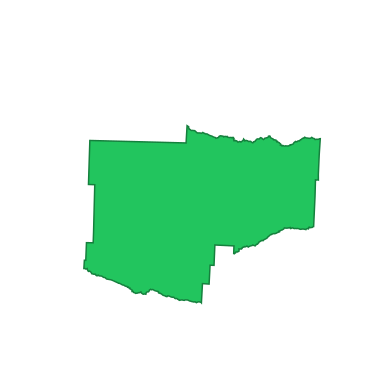 outline of Rauch, Buenos Aires, Argentina, rotated 229°
{"feature_id": "61730980B69505463407693", "entity_name": "Rauch", "entity_type": "district", "adm_level": 2, "iso_a3": "ARG", "parent_name": "Argentina", "parent_adm1": "Buenos Aires", "projection": "mercator", "projection_center": [-59.036, -36.602], "detail": "fine", "context": "isolated", "style": "filled", "palette": "green", "viewbox_px": 384, "rotation_deg": 229, "n_neighbors": 0, "source": "geoboundaries", "source_scale": "gbopen_adm2", "svg_char_len": 5953}
<svg xmlns="http://www.w3.org/2000/svg" viewBox="0 0 384 384"><g transform="rotate(229 192 192)"><path d="M297.9,148.7L265.6,118.8L261.3,123.4L226.0,91.1L218.5,84.1L223.0,79.1L210.1,67.0L211.1,66.0L205.2,60.2L204.6,60.9L203.5,61.3L203.0,62.6L202.6,62.2L200.3,61.7L199.7,62.0L199.7,62.6L199.3,62.9L198.1,63.1L196.8,63.0L196.2,62.7L194.3,64.0L194.0,64.5L193.7,64.6L193.2,65.3L192.3,64.9L191.4,65.1L190.9,65.7L191.0,66.0L190.7,66.8L190.3,66.9L189.8,66.8L189.5,67.0L187.8,68.7L186.7,69.0L186.3,69.0L185.5,69.3L184.2,70.4L183.2,70.3L182.3,70.5L178.7,73.4L171.8,76.6L171.4,76.6L171.1,77.1L169.7,77.8L167.6,78.5L167.0,78.9L166.6,79.4L165.2,79.7L164.0,80.4L163.5,81.0L162.4,80.8L161.9,81.7L160.2,81.4L160.0,82.1L159.5,81.9L157.8,82.1L157.0,82.5L156.8,82.4L156.7,81.9L156.3,81.5L155.9,82.1L155.6,82.0L155.2,82.3L154.6,82.0L153.8,82.4L153.3,82.8L152.4,83.0L151.6,84.5L151.3,84.7L151.2,85.5L150.5,86.2L150.2,87.9L149.9,88.0L149.2,87.5L147.1,88.0L146.6,88.4L146.4,88.9L146.0,89.5L145.1,90.1L145.2,90.3L145.9,91.1L146.1,91.6L146.1,92.0L145.7,93.3L145.3,93.5L145.2,93.9L145.6,95.2L146.0,95.7L145.9,95.9L145.9,96.2L145.6,96.6L145.7,97.0L144.6,97.4L144.3,98.3L143.5,98.8L142.5,98.9L140.7,100.0L139.0,101.3L138.6,101.3L138.1,100.6L137.9,100.6L137.7,100.6L137.5,101.0L136.5,101.3L136.3,101.7L135.8,101.7L135.5,102.0L133.0,102.4L132.6,102.7L131.4,103.4L131.1,103.7L130.5,103.7L129.7,104.2L129.4,104.6L129.5,104.9L129.7,105.1L129.7,105.3L129.2,105.6L128.9,106.3L126.4,107.4L125.4,108.2L124.6,109.2L122.9,109.3L122.1,109.8L121.9,110.4L121.6,110.6L120.9,110.9L120.5,110.8L119.2,111.5L119.0,111.3L118.6,111.3L117.1,113.8L116.3,114.2L115.7,114.7L115.1,115.4L115.2,115.8L115.0,116.2L113.3,117.9L112.4,118.3L111.3,118.7L110.8,119.2L109.6,119.8L109.4,120.1L108.0,121.0L107.7,121.7L107.2,121.9L107.0,122.4L105.8,122.6L105.5,122.8L105.5,123.4L105.1,124.3L104.6,125.3L102.7,126.4L102.2,126.4L116.0,139.8L111.3,144.5L124.9,157.6L122.2,160.5L137.0,174.5L123.8,188.3L118.2,183.1L117.6,183.4L117.6,184.7L117.5,185.2L117.9,185.7L117.2,186.9L116.8,187.1L116.8,187.7L116.5,188.4L116.5,188.6L116.9,188.9L117.2,189.4L117.7,189.8L118.2,190.0L117.3,191.0L116.8,191.9L116.5,192.0L116.6,192.9L117.0,193.2L116.9,194.1L116.5,194.8L116.5,195.6L116.1,195.6L115.8,195.9L115.4,196.9L115.3,197.8L114.7,198.2L114.3,198.1L114.0,198.3L113.5,198.4L113.5,199.1L113.3,199.5L113.0,200.7L112.2,202.1L112.1,203.2L111.7,203.3L109.9,204.3L110.2,206.5L109.7,207.0L109.7,207.5L109.9,208.2L109.9,209.1L110.2,209.4L110.3,209.6L110.0,210.7L110.0,211.4L109.7,212.1L109.7,212.8L109.4,213.3L108.9,213.4L108.6,213.7L108.8,215.1L108.3,216.7L108.0,218.5L108.1,219.4L108.4,219.9L108.2,221.5L108.3,223.3L108.0,223.8L107.8,223.9L107.6,224.3L107.8,225.0L107.5,225.3L107.0,226.4L106.2,227.1L106.2,227.5L105.9,227.8L105.6,228.6L105.6,229.2L105.5,229.3L105.0,230.6L105.4,231.5L104.7,231.6L104.5,231.8L104.5,232.0L104.9,232.3L105.1,233.0L104.8,233.4L104.6,234.6L104.1,235.4L104.1,236.0L103.9,236.9L104.3,238.2L104.1,238.4L103.6,238.7L102.7,239.6L102.5,240.0L102.0,240.5L101.8,241.2L101.4,241.4L100.8,242.9L100.3,242.8L100.1,242.4L99.6,242.5L99.2,244.1L99.0,244.4L98.7,244.6L98.2,244.6L97.2,245.3L96.6,246.2L95.6,247.1L95.3,247.7L93.7,248.9L93.1,249.0L92.4,249.7L91.9,250.7L90.6,252.1L88.9,253.3L89.1,253.7L89.1,254.0L88.7,255.2L87.8,255.6L88.1,256.5L88.5,256.7L88.7,257.0L88.4,257.6L87.5,257.8L87.2,258.3L86.4,259.5L86.4,260.4L86.3,260.8L86.1,261.1L107.7,281.7L120.2,293.2L119.0,294.1L118.7,295.1L118.2,295.3L122.4,298.9L136.6,312.4L148.1,323.8L148.6,323.1L148.6,322.6L149.2,321.4L149.7,321.1L150.2,320.3L150.5,320.2L150.8,319.3L151.3,319.2L151.9,319.3L152.4,319.2L153.2,318.5L154.5,318.3L154.8,318.1L154.8,317.8L154.7,316.9L155.0,316.3L155.9,315.5L156.2,315.1L156.8,314.7L157.8,313.7L159.4,313.0L159.3,312.7L159.5,312.2L159.2,311.9L159.2,311.6L159.8,311.0L160.0,310.3L160.0,308.5L160.3,308.1L160.1,306.6L161.0,305.6L161.0,304.4L161.3,303.8L161.8,303.6L161.9,303.3L162.3,303.2L162.3,302.5L162.2,302.0L162.4,301.4L162.3,301.2L162.0,300.3L161.9,299.6L162.6,298.0L162.6,297.3L163.2,297.2L163.3,297.0L163.0,296.4L163.7,294.6L164.1,294.3L164.9,293.4L165.4,293.0L165.4,292.8L166.3,291.6L167.2,291.3L167.4,291.0L167.6,290.2L168.1,290.0L168.4,290.0L168.5,290.3L169.4,289.6L169.6,290.2L170.1,290.4L171.4,290.1L171.8,290.2L172.8,289.9L173.9,289.3L174.0,289.2L174.2,289.4L174.3,289.0L174.5,289.1L175.3,289.1L175.7,289.3L176.2,289.4L176.7,288.8L177.3,288.5L177.6,288.0L177.8,287.9L178.0,287.8L178.4,288.0L178.8,288.0L181.0,287.0L181.4,287.1L182.0,286.9L182.7,287.5L183.3,287.4L183.5,286.8L183.9,286.4L183.6,286.1L183.5,284.8L184.9,282.0L184.6,280.8L184.7,280.3L185.9,280.0L186.5,280.1L187.4,279.8L188.0,279.5L188.1,279.2L187.9,277.5L188.9,276.5L189.2,276.1L189.4,275.1L189.1,274.1L189.2,273.5L188.8,272.9L189.1,272.0L189.4,271.7L189.5,271.4L189.1,270.7L189.4,270.0L190.6,269.6L191.8,269.5L192.2,268.8L192.7,268.5L193.1,267.7L194.1,267.6L195.4,266.7L195.9,266.0L195.8,265.4L196.1,265.2L196.9,265.2L197.2,265.0L197.4,265.2L197.4,265.7L198.1,265.7L197.7,265.1L197.5,264.1L197.5,262.1L197.7,261.6L198.1,261.6L199.0,261.0L199.3,259.7L199.6,259.3L201.3,259.3L202.1,258.4L202.8,258.4L203.0,258.2L203.2,257.8L203.0,257.5L203.2,257.3L203.4,257.5L204.2,257.7L204.7,258.7L205.1,258.6L205.8,259.0L206.4,258.8L206.5,257.8L207.6,257.3L208.6,255.8L209.1,255.6L209.7,255.0L210.1,254.8L210.9,255.0L211.3,254.2L211.9,253.8L212.0,253.5L212.3,253.4L212.6,252.9L212.7,252.1L212.9,252.0L213.8,252.1L214.0,252.0L214.4,251.3L215.2,250.9L216.0,250.0L215.9,249.3L216.2,248.8L215.9,248.2L215.9,247.2L216.3,246.7L216.4,246.1L216.8,245.7L216.9,245.3L217.7,245.4L219.4,244.3L220.9,243.8L223.2,242.4L226.1,241.4L226.7,240.5L227.3,240.1L228.0,240.1L228.4,239.6L229.9,239.2L230.1,237.6L230.6,237.2L231.4,236.8L231.9,236.0L232.7,235.3L233.1,234.7L236.6,234.3L237.2,233.6L238.0,233.0L238.2,232.7L238.9,231.8L240.6,231.5L241.1,231.1L241.3,231.3L241.9,231.5L242.5,231.4L243.4,232.3L245.3,231.8L232.9,219.7L297.9,148.7Z" fill="#22c55e" stroke="#15803d" stroke-width="1.5"/></g></svg>